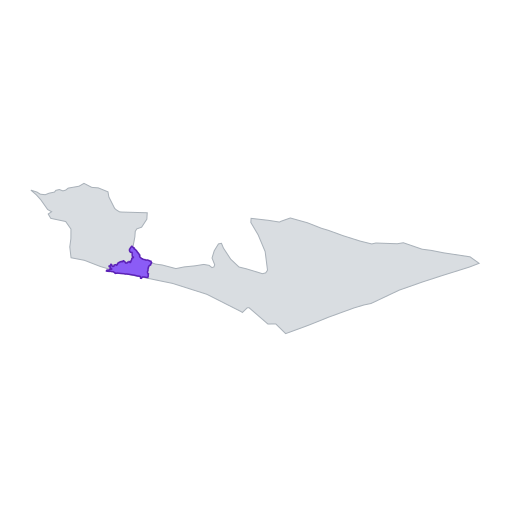 location of Hadera, Haifa, Israel, rotated 268°
{"feature_id": "584046B72217003232480", "entity_name": "Hadera", "entity_type": "district", "adm_level": 2, "iso_a3": "ISR", "parent_name": "Israel", "parent_adm1": "Haifa", "projection": "orthographic", "projection_center": [35.034, 32.575], "detail": "fine", "context": "in_parent", "style": "filled", "palette": "violet", "viewbox_px": 512, "rotation_deg": 268, "n_neighbors": 0, "source": "geoboundaries", "source_scale": "gbopen_adm2", "svg_char_len": 5870}
<svg xmlns="http://www.w3.org/2000/svg" viewBox="0 0 512 512"><g transform="rotate(268 256 256)"><path d="M329.7,33.3L327.5,39.4L325.3,42.6L324.6,47.5L326.0,51.4L326.9,56.8L328.6,58.3L329.3,61.8L327.8,65.3L328.5,68.1L330.4,70.7L331.9,81.5L334.6,86.6L330.3,94.3L329.6,100.7L325.3,110.3L320.2,111.0L308.5,116.4L307.0,118.0L304.9,121.1L304.6,123.5L303.0,148.8L296.6,148.2L288.8,142.7L287.3,137.9L284.9,136.2L279.3,135.6L268.8,133.2L256.6,141.6L251.4,155.4L250.3,161.9L246.2,175.5L247.6,183.8L248.3,194.6L249.4,203.5L248.3,208.8L245.9,211.6L246.6,213.6L248.7,214.4L255.5,212.0L262.6,214.4L269.4,218.9L269.9,221.9L265.1,223.7L253.7,230.6L245.6,238.6L243.5,246.0L238.1,261.8L238.8,265.1L241.4,267.0L260.1,265.3L277.0,258.9L289.7,252.0L293.8,252.4L291.2,269.8L289.1,280.6L289.9,282.4L292.8,291.6L287.4,308.6L281.4,322.4L279.2,329.0L273.3,343.6L267.3,360.5L264.0,372.1L264.8,376.2L263.3,397.6L264.1,403.7L257.0,422.2L255.5,431.3L252.6,443.7L247.7,469.9L240.9,478.7L237.5,468.9L229.8,440.9L224.3,421.7L216.9,398.0L204.5,369.2L203.3,362.2L200.7,352.2L192.2,326.0L185.3,307.0L177.4,282.9L187.4,273.4L187.6,265.5L204.6,247.2L204.5,245.4L200.0,240.4L200.7,239.6L219.5,205.4L231.6,171.4L242.9,124.2L250.9,100.2L257.7,84.3L260.7,71.1L271.6,70.2L279.7,71.6L289.4,72.0L297.1,67.0L300.8,52.2L305.2,49.8L307.4,53.3L309.7,49.4L319.8,42.8L324.8,38.6L329.7,33.3Z" fill="#d9dde1" stroke="#a8b0b8" stroke-width="1"/><path d="M254.5,150.8L254.5,150.7L254.5,150.4L254.5,150.1L254.8,149.8L254.9,149.4L255.0,149.1L255.3,148.8L255.3,148.6L255.4,148.4L255.5,148.1L255.7,147.8L255.8,147.4L255.8,147.0L255.7,146.6L255.7,146.4L255.8,146.1L255.8,145.7L255.9,145.3L256.0,145.2L256.3,144.9L256.3,144.7L256.3,144.2L256.4,143.9L256.5,143.7L256.6,143.3L256.6,143.1L256.7,142.9L256.8,142.8L256.9,142.6L257.1,142.5L257.1,142.4L257.3,142.1L257.3,141.9L257.4,141.7L257.5,141.5L257.6,141.4L257.9,141.1L258.2,140.9L258.3,140.8L258.5,140.6L258.7,140.3L258.9,140.1L259.1,139.9L259.4,139.7L259.8,139.7L260.0,139.7L260.3,139.7L260.6,139.9L260.8,139.8L261.1,139.8L261.2,139.5L261.3,139.4L261.5,139.3L261.7,139.2L261.9,139.2L262.1,139.1L262.3,139.0L262.4,138.9L262.6,138.8L262.8,138.6L263.0,138.5L263.2,138.3L263.4,138.2L263.6,138.1L263.7,137.8L263.7,137.7L263.9,137.6L264.1,137.6L264.5,137.4L264.7,137.2L264.9,137.1L265.0,137.0L265.1,136.9L265.3,136.8L265.5,136.8L265.6,136.7L266.0,136.3L266.6,135.7L267.2,135.1L267.3,134.8L267.5,134.6L267.6,134.4L267.9,134.5L268.2,134.5L268.2,134.4L268.4,134.2L268.6,134.0L268.8,133.7L269.0,133.3L269.2,133.1L269.5,132.8L269.7,132.6L269.8,132.5L270.1,132.3L269.9,132.0L269.6,131.8L269.4,131.6L269.2,131.3L268.9,131.1L268.8,130.9L268.5,130.8L268.1,130.7L267.9,130.6L267.7,130.4L267.4,130.0L267.2,129.8L266.6,129.8L266.1,129.7L265.5,129.8L265.2,129.9L265.0,130.2L264.6,130.3L264.4,130.4L264.1,130.7L264.0,131.7L263.9,132.2L263.7,132.2L263.4,132.3L262.6,132.3L260.7,132.3L260.0,132.4L259.8,132.6L259.5,132.8L259.3,133.0L259.2,133.4L258.9,133.4L258.7,133.4L258.6,133.2L258.4,132.9L258.3,132.4L258.2,132.0L257.9,131.8L256.9,131.7L256.7,131.5L256.3,131.4L256.1,131.3L255.9,131.1L255.7,130.9L255.3,130.8L255.0,130.8L254.7,130.8L254.5,130.5L254.1,130.3L253.9,130.1L253.9,129.9L254.2,129.7L254.4,129.6L254.7,129.5L254.8,129.3L254.9,129.1L254.6,129.0L254.5,128.7L254.4,128.3L254.4,127.9L254.3,127.5L253.9,127.4L253.7,127.2L253.6,126.9L253.5,126.4L253.5,126.2L253.4,125.7L253.7,125.4L253.9,125.4L253.9,125.2L254.2,125.1L254.4,125.0L254.8,124.8L254.9,124.6L255.2,124.3L255.4,124.1L255.6,123.8L255.9,123.5L255.9,123.2L255.6,123.1L255.3,123.0L255.0,122.8L254.9,122.6L255.0,122.3L255.2,122.0L255.3,121.9L255.3,121.6L255.0,121.4L254.9,121.0L255.1,120.6L254.9,120.1L254.8,119.7L254.4,119.5L254.4,119.2L254.4,118.9L254.3,118.7L254.0,118.5L254.0,118.2L253.9,117.9L253.5,117.7L253.2,117.6L253.1,117.3L252.9,117.2L252.5,117.2L252.2,117.1L252.0,116.9L252.0,116.7L251.8,116.4L251.7,116.3L251.9,116.1L252.1,115.8L252.2,115.5L252.2,115.2L252.1,114.9L252.0,114.3L251.9,113.9L251.6,113.8L251.2,113.8L250.9,113.7L250.6,113.4L250.6,113.2L250.6,112.6L250.6,112.2L251.0,111.9L251.4,111.8L251.6,111.7L252.0,111.5L252.3,111.5L252.5,111.4L252.7,111.1L252.8,110.7L252.6,110.5L252.1,110.9L251.9,110.9L251.7,110.7L251.4,110.3L251.3,110.2L251.3,109.7L251.2,109.4L251.2,108.9L250.9,108.8L250.4,108.9L250.3,109.1L250.3,109.6L250.2,109.9L249.7,110.0L249.4,110.0L249.2,110.1L248.8,110.3L248.7,110.7L248.5,110.9L248.2,111.1L248.1,111.3L247.9,111.3L247.8,111.0L247.7,110.5L247.8,109.9L247.8,109.4L247.9,109.2L247.6,109.0L247.5,108.9L247.3,108.7L247.2,108.5L246.9,108.5L246.8,108.1L246.8,107.6L246.9,107.2L247.1,107.1L247.2,106.8L247.1,106.6L246.9,106.4L246.8,106.2L246.7,106.1L246.2,106.0L246.0,106.5L245.9,107.4L245.7,109.1L245.7,109.4L245.8,110.2L245.4,111.3L245.3,112.1L245.3,112.8L244.7,113.5L244.4,114.1L244.2,114.4L243.8,114.4L243.5,114.8L243.6,115.2L243.7,115.6L243.6,116.0L243.6,116.6L243.8,116.8L243.6,117.9L243.5,118.8L243.3,119.9L243.1,121.5L242.9,123.4L242.5,124.9L242.6,125.8L242.1,128.7L241.4,131.9L241.0,134.0L240.1,137.0L240.0,138.0L239.8,139.1L239.5,139.8L238.7,139.8L237.8,139.9L237.7,140.8L238.5,141.3L239.0,142.0L238.9,143.4L238.7,144.5L238.5,145.4L238.3,147.1L238.6,147.1L238.8,147.2L239.1,147.3L239.3,147.5L239.6,147.6L240.0,147.6L240.5,147.6L240.8,147.6L241.0,147.6L241.3,147.6L241.5,147.8L241.9,147.9L242.1,147.6L242.2,147.4L242.4,147.2L242.7,147.1L243.4,147.0L244.0,147.0L244.4,147.1L244.6,147.1L244.9,147.3L245.0,147.5L245.6,147.6L246.0,147.6L246.5,147.6L246.9,147.6L247.2,147.7L247.5,147.9L247.6,148.0L247.9,148.0L248.1,148.0L248.5,147.9L248.7,148.0L248.8,148.2L248.9,148.4L249.1,148.5L249.3,148.5L249.7,148.6L249.9,148.8L250.1,149.0L250.3,149.4L250.5,149.5L250.6,150.0L250.7,150.3L250.9,150.5L251.2,150.5L251.5,150.5L251.8,150.6L252.0,150.8L252.3,151.0L252.6,151.3L253.0,151.4L253.3,151.1L253.6,151.0L253.9,151.0L254.3,150.9L254.5,150.8Z" fill="#8b5cf6" stroke="#5b21b6" stroke-width="1.5"/></g></svg>